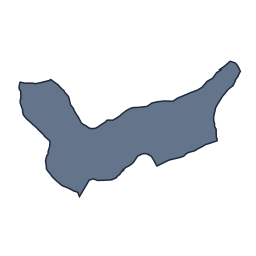 Yorro, Taraba, Nigeria, rotated 272°
{"feature_id": "59680162B40051654285197", "entity_name": "Yorro", "entity_type": "district", "adm_level": 2, "iso_a3": "NGA", "parent_name": "Nigeria", "parent_adm1": "Taraba", "projection": "equal_earth", "projection_center": [11.57, 8.882], "detail": "fine", "context": "isolated", "style": "filled", "palette": "slate", "viewbox_px": 256, "rotation_deg": 272, "n_neighbors": 0, "source": "geoboundaries", "source_scale": "gbopen_adm2", "svg_char_len": 2657}
<svg xmlns="http://www.w3.org/2000/svg" viewBox="0 0 256 256"><g transform="rotate(272 128 128)"><path d="M91.0,158.2L97.5,170.4L99.4,177.5L100.6,181.8L101.8,184.6L104.5,187.3L105.7,189.4L107.2,194.3L107.4,195.1L109.7,198.6L112.0,202.8L114.2,206.2L115.4,209.8L116.5,212.6L118.3,217.5L120.4,217.4L122.0,216.6L123.6,216.5L125.7,216.3L128.3,216.2L129.9,216.1L132.5,214.5L135.7,214.3L137.8,213.5L139.9,213.3L142.0,213.2L145.2,213.7L147.9,214.3L151.1,214.8L153.8,216.1L163.0,221.3L166.3,224.0L170.1,226.7L172.9,230.1L174.0,231.5L176.6,232.6L178.3,233.4L180.4,234.0L183.2,236.0L185.8,237.0L188.5,238.3L191.6,236.8L194.5,235.0L196.7,233.0L198.2,228.2L198.0,227.7L197.9,227.3L193.6,222.8L191.0,219.5L189.7,217.7L189.4,218.9L188.3,217.6L186.6,214.8L184.0,213.1L180.7,210.9L180.2,210.1L177.3,205.3L174.6,203.3L171.3,200.6L168.5,196.4L166.7,192.2L165.6,189.4L163.9,185.9L161.0,179.6L159.8,176.8L156.3,171.9L156.3,168.3L156.3,163.6L156.0,161.6L155.4,157.1L153.8,151.0L152.4,149.2L150.3,146.3L149.6,142.0L148.9,137.0L148.7,133.4L148.1,130.6L145.8,126.4L143.1,122.9L141.4,120.9L139.8,119.4L137.0,115.4L135.3,112.6L135.2,109.7L135.1,106.8L132.9,104.8L130.6,101.3L129.0,99.3L126.7,95.8L126.1,92.2L126.5,89.3L128.5,86.3L130.0,83.3L131.5,81.1L133.0,80.3L137.2,77.9L139.3,76.3L141.9,74.6L142.9,73.9L145.0,73.1L147.1,71.5L149.1,69.9L151.7,69.0L155.4,68.1L156.3,67.8L157.5,67.3L159.5,65.4L161.1,63.8L161.6,63.4L163.2,62.6L164.2,61.1L165.7,59.5L168.8,56.5L170.3,54.2L171.3,52.7L172.8,50.5L173.8,49.0L172.7,47.6L172.1,45.5L171.5,43.3L170.9,41.2L170.3,39.1L169.6,36.2L169.0,34.1L169.5,31.2L169.4,29.0L169.3,26.2L169.2,23.3L169.6,21.1L170.1,18.7L169.0,18.2L165.3,17.7L163.2,17.9L161.1,19.4L157.4,19.7L154.2,19.9L152.5,19.4L152.1,19.3L150.0,19.4L148.9,19.5L142.6,22.0L140.5,22.1L137.4,23.0L133.8,26.1L130.7,29.9L128.7,32.2L125.6,36.0L122.6,39.1L119.9,42.1L118.5,43.7L116.4,45.2L115.4,46.7L113.9,48.3L112.9,49.8L110.8,50.6L106.0,50.2L102.6,49.2L101.7,49.0L99.6,49.1L97.4,47.8L92.6,46.7L86.3,47.8L84.2,47.9L82.1,49.5L78.9,52.3L76.5,54.1L74.4,56.4L72.4,58.7L68.8,63.2L67.8,64.8L66.9,67.7L65.4,71.4L64.4,73.6L62.9,76.6L62.5,78.8L61.5,80.3L59.4,81.1L57.8,81.9L68.9,88.0L74.5,91.0L76.0,94.9L74.5,99.5L75.5,112.8L75.9,113.2L75.9,114.3L76.4,114.6L76.6,115.2L76.9,116.4L77.4,116.9L77.9,117.4L77.9,118.2L78.7,118.6L79.5,118.9L79.9,119.7L80.4,119.9L80.7,120.6L81.0,121.1L81.5,121.6L82.2,121.7L83.3,122.5L83.7,123.1L84.2,123.4L84.9,123.5L84.8,124.1L85.6,125.1L86.5,124.6L87.3,126.1L88.7,127.3L89.4,129.0L90.8,131.2L92.8,133.6L94.7,135.2L100.1,138.5L101.2,140.6L102.4,142.7L103.0,144.8L102.8,147.9L100.6,152.2L97.3,154.5L91.0,158.2Z" fill="#64748b" stroke="#1e293b" stroke-width="1.5"/></g></svg>